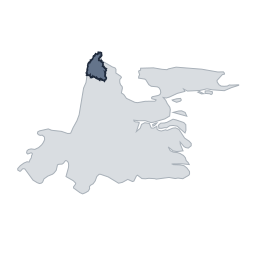 Sylhet, Sylhet, Bangladesh (highlighted), rotated 281°
{"feature_id": "16705992B47932115867008", "entity_name": "Sylhet", "entity_type": "district", "adm_level": 2, "iso_a3": "BGD", "parent_name": "Bangladesh", "parent_adm1": "Sylhet", "projection": "mercator", "projection_center": [91.877, 24.89], "detail": "fine", "context": "in_parent", "style": "filled", "palette": "slate", "viewbox_px": 256, "rotation_deg": 281, "n_neighbors": 0, "source": "geoboundaries", "source_scale": "gbopen_adm2", "svg_char_len": 8058}
<svg xmlns="http://www.w3.org/2000/svg" viewBox="0 0 256 256"><g transform="rotate(281 128 128)"><path d="M87.4,184.0L87.3,177.7L83.2,165.4L83.4,164.1L82.6,158.1L81.5,154.8L81.0,151.3L83.5,146.3L82.5,145.4L77.0,143.9L76.3,142.6L77.5,137.6L73.6,132.9L72.0,129.3L76.2,117.9L77.3,110.0L77.0,108.4L74.4,106.6L69.8,105.9L66.6,104.4L64.7,102.2L63.1,101.3L61.1,101.9L58.6,101.1L56.5,98.8L54.7,96.1L55.4,93.1L58.7,86.0L59.9,85.8L62.8,87.2L63.9,87.2L65.8,84.4L68.5,76.4L77.7,77.1L79.9,76.9L82.3,76.2L83.5,75.2L84.2,73.9L84.0,72.8L81.1,71.3L80.0,70.2L79.2,67.0L78.4,65.8L72.8,65.6L69.9,64.1L68.3,62.8L65.5,58.5L62.0,55.2L58.6,54.5L57.3,53.4L56.6,51.7L57.0,49.3L58.7,44.7L68.0,34.7L68.2,33.6L67.8,32.3L65.1,30.7L64.9,29.9L65.7,27.8L67.2,27.5L70.4,29.4L73.7,32.5L75.6,35.3L75.7,37.4L78.2,37.9L80.3,38.8L82.5,38.6L83.9,39.1L84.8,38.9L85.2,37.6L83.3,34.5L84.2,33.2L86.3,33.2L87.9,34.4L89.0,36.9L89.2,40.6L91.7,44.0L95.0,46.5L97.5,47.6L100.6,48.4L103.3,47.6L104.6,45.2L104.0,43.1L104.4,41.2L105.5,40.1L107.1,40.2L108.3,41.7L111.9,49.9L111.2,53.5L112.0,63.3L111.1,69.8L111.7,72.3L112.3,72.8L117.7,74.0L125.5,76.5L131.6,77.5L158.7,76.8L164.7,78.1L182.8,77.1L187.7,79.1L193.1,82.5L196.1,85.0L196.7,86.4L196.3,87.7L195.3,88.3L193.5,88.4L189.2,86.7L188.5,87.2L188.4,91.1L185.0,100.8L184.5,103.8L183.3,105.0L179.7,105.6L177.3,111.2L176.3,111.9L174.0,110.7L172.5,110.9L170.7,111.4L168.8,112.7L167.6,114.3L166.1,114.9L161.1,114.8L160.1,117.4L156.8,120.8L154.5,129.8L154.7,132.6L157.5,139.8L159.4,149.1L160.2,150.1L161.1,150.1L161.2,145.9L162.1,145.3L163.3,145.8L165.7,151.5L167.0,153.0L169.1,153.4L171.5,152.5L173.3,150.9L174.0,149.0L173.4,142.8L174.5,140.2L178.6,136.4L179.2,135.2L179.0,128.9L180.5,128.7L182.6,129.2L185.3,127.7L186.1,127.7L187.2,129.3L189.1,129.0L191.9,141.5L192.1,150.3L192.7,155.2L193.7,156.3L196.9,163.6L199.8,189.2L200.1,205.4L201.3,210.9L200.3,212.1L199.3,212.4L198.4,210.4L191.7,206.3L190.1,206.8L187.8,209.1L186.9,211.4L187.3,214.5L188.1,217.5L189.6,219.3L189.8,221.2L191.5,228.4L191.0,228.5L187.4,221.9L183.0,215.4L181.6,203.7L181.5,198.0L178.5,191.2L175.6,179.3L176.9,175.1L174.8,176.9L171.4,169.8L166.3,162.8L164.7,159.7L164.7,156.7L162.4,159.7L159.4,161.9L156.3,165.1L154.2,166.0L147.7,166.6L143.9,162.3L138.5,151.8L137.7,149.5L138.5,143.3L137.2,137.4L136.8,132.2L135.8,132.7L135.4,134.1L135.7,136.3L135.3,138.1L126.1,136.9L130.0,140.0L134.2,140.7L136.4,143.5L136.5,148.1L132.4,150.8L132.8,153.2L135.2,156.0L132.3,156.8L131.5,158.6L131.4,161.3L133.4,165.3L133.1,166.9L136.5,172.2L137.2,174.7L136.3,178.3L128.9,185.5L126.7,190.6L124.9,193.0L122.6,193.4L119.8,191.0L119.8,188.5L120.4,186.6L124.2,181.8L122.1,182.4L116.1,186.4L115.0,183.2L114.2,180.2L114.2,176.6L117.1,171.1L113.8,173.8L112.9,177.2L113.3,181.2L112.9,184.0L111.6,187.7L109.8,189.9L107.0,191.4L105.7,193.5L103.8,195.1L103.2,187.7L101.1,177.7L100.7,179.8L101.7,186.1L101.7,190.1L100.1,193.3L97.0,196.7L94.6,197.2L93.2,196.7L88.7,191.5L88.4,186.6L87.4,184.0ZM142.3,184.1L136.8,185.3L134.0,184.9L139.2,175.9L139.1,171.9L138.2,168.6L135.6,165.9L135.4,164.0L134.2,161.4L133.6,158.4L136.6,157.4L139.0,159.2L139.8,162.6L141.0,165.2L145.2,170.5L145.1,173.7L144.0,181.7L142.3,184.1ZM154.2,181.1L150.8,183.5L151.9,169.3L154.4,174.6L155.1,177.4L154.2,181.1ZM167.1,174.0L165.6,175.0L164.3,174.2L162.5,170.8L163.4,166.6L163.9,166.0L166.0,170.3L167.1,174.0ZM179.6,204.0L177.7,204.2L176.7,203.2L177.2,201.7L176.7,197.1L179.1,196.7L180.0,200.5L179.6,204.0ZM177.5,191.1L176.1,195.7L175.5,193.7L176.5,189.7L177.5,191.1ZM138.0,154.0L138.6,155.5L135.5,153.6L134.6,152.2L136.0,151.5L138.0,154.0Z" fill="#d9dde1" stroke="#a8b0b8" stroke-width="1"/><path d="M170.4,96.2L170.5,96.1L170.8,96.1L171.2,96.5L171.2,96.9L172.5,97.3L172.8,97.1L173.3,97.1L173.4,96.8L173.9,96.4L173.9,96.2L174.3,96.1L174.2,95.7L174.3,95.5L174.7,95.4L174.8,95.7L174.9,95.8L175.8,95.2L176.1,95.2L176.3,95.5L176.8,95.3L177.0,95.1L177.5,95.1L177.7,95.5L178.1,95.2L178.1,94.8L178.4,94.9L178.4,95.1L178.8,95.2L179.0,94.9L179.0,95.0L179.3,95.2L179.5,95.3L180.1,95.5L180.4,95.7L180.5,95.6L181.1,95.1L181.5,95.2L181.7,95.3L181.7,95.2L181.9,95.3L181.9,95.2L182.1,95.2L182.3,94.9L182.2,94.2L182.3,94.0L182.2,93.8L182.2,93.7L182.5,93.3L182.5,93.5L182.8,93.7L183.1,93.2L183.1,92.6L183.2,92.9L183.6,92.9L183.8,92.7L183.7,92.6L183.9,92.4L183.9,91.9L183.7,91.8L183.7,91.2L184.2,91.3L184.2,91.5L184.4,91.6L184.6,91.5L184.9,91.3L185.0,91.3L185.3,91.5L185.6,91.4L185.8,91.2L186.0,91.3L186.2,91.1L186.4,91.1L186.8,91.0L187.0,91.1L187.4,91.2L187.5,90.8L187.4,90.4L187.4,90.1L187.5,90.0L187.6,89.8L187.7,90.0L187.9,89.9L188.0,89.6L188.5,89.4L189.0,89.4L189.0,89.2L188.8,89.0L189.0,89.0L189.1,88.8L189.3,88.7L188.9,88.6L188.8,88.0L188.7,87.9L188.8,87.7L189.1,87.7L189.1,87.1L188.7,86.8L188.7,86.6L188.7,86.4L189.1,86.2L189.8,86.4L190.2,86.3L190.4,86.1L190.6,86.0L190.8,86.0L191.0,86.2L191.0,86.5L191.3,86.7L191.6,86.7L191.7,86.9L192.0,87.3L192.2,87.2L192.2,86.8L192.3,86.8L192.5,87.2L192.7,87.3L192.8,87.5L193.2,87.4L193.3,87.8L193.4,88.0L193.5,88.2L194.0,88.3L194.1,88.0L194.4,88.0L194.7,88.2L195.1,88.0L195.2,87.9L195.3,87.6L195.9,87.5L196.4,87.7L196.5,87.5L196.8,87.5L196.9,87.3L196.8,86.8L197.0,86.5L196.9,86.3L197.0,86.0L196.7,85.8L196.6,85.5L196.7,84.9L196.4,85.1L195.5,85.2L195.5,84.8L195.7,84.6L196.1,84.5L196.1,84.3L195.8,84.1L195.5,84.2L194.7,84.3L194.6,84.2L194.6,83.4L194.4,83.4L194.7,82.7L194.8,82.0L194.4,82.0L194.1,81.9L193.9,81.9L193.7,81.6L193.4,81.6L193.1,81.5L192.9,81.6L192.9,81.4L192.7,81.4L192.1,81.3L192.0,81.2L192.0,81.3L192.0,81.2L192.3,80.9L192.3,80.5L191.9,80.3L191.5,80.3L191.4,80.4L191.4,80.6L191.2,80.5L190.8,80.5L189.3,80.0L188.6,79.6L188.5,79.8L188.3,79.6L188.3,79.4L187.8,79.2L187.7,79.3L187.5,79.2L187.6,78.8L188.2,79.0L188.0,78.8L187.4,78.6L187.3,78.3L187.2,78.4L187.2,78.6L187.1,78.9L186.8,78.7L186.7,78.5L186.4,78.6L186.5,78.5L186.3,78.5L186.3,78.4L186.5,78.3L186.2,78.4L186.0,78.2L185.9,78.3L185.5,78.2L185.8,78.1L185.5,78.0L185.5,77.7L185.4,77.5L185.4,77.4L185.1,77.3L184.5,76.9L183.9,76.6L183.7,76.7L183.2,76.5L182.9,76.5L182.5,76.5L182.1,76.6L181.8,76.6L181.3,76.5L180.8,77.0L180.6,77.0L180.2,76.8L179.1,76.8L179.0,76.7L178.0,76.7L178.0,76.8L177.8,76.8L177.5,76.8L177.4,77.0L177.3,76.8L177.1,76.9L176.9,76.9L176.8,77.0L176.6,77.0L176.2,76.8L175.7,76.8L175.4,77.0L175.0,77.0L174.5,77.2L174.0,77.3L173.8,77.2L173.7,77.2L173.4,77.0L173.5,76.8L173.2,76.9L173.1,77.1L173.3,77.4L173.1,77.7L173.0,78.0L172.8,78.0L172.8,77.8L172.7,77.8L172.2,77.7L171.9,77.5L171.8,77.4L171.7,77.6L171.8,77.8L172.1,77.9L172.1,78.3L172.3,78.3L172.3,78.5L172.6,78.5L172.5,78.8L172.3,79.1L172.3,79.3L172.4,79.2L172.2,79.5L172.3,79.6L172.3,79.8L172.4,80.1L172.8,80.4L172.6,80.6L172.8,80.7L172.2,80.8L172.0,80.7L171.7,81.0L171.3,81.0L171.2,81.3L171.3,81.4L171.3,81.6L171.1,81.7L170.8,81.7L171.0,82.0L170.7,82.2L170.7,82.4L171.0,82.6L171.3,83.0L171.6,83.1L171.3,83.2L170.7,83.0L170.9,83.4L171.8,83.7L171.8,83.9L171.7,83.9L172.0,84.2L172.1,84.3L171.8,84.8L172.1,84.9L172.0,85.1L171.8,85.1L171.7,85.2L171.4,85.2L171.4,85.4L171.5,85.5L171.4,85.6L171.4,85.9L171.2,86.0L171.4,86.0L171.5,86.2L171.5,86.3L171.1,86.3L171.5,86.4L171.5,86.5L171.3,86.7L171.4,86.8L171.1,86.8L170.9,86.9L171.1,86.9L171.1,87.1L171.2,87.3L171.4,87.4L171.5,87.3L171.7,87.6L171.5,87.9L171.2,87.9L171.1,87.6L170.8,87.5L170.9,88.1L170.5,88.2L170.3,88.4L170.3,88.5L170.4,88.8L170.5,88.8L170.5,89.2L170.4,89.2L170.4,88.9L170.3,89.0L170.3,88.9L170.4,89.3L170.5,89.5L170.3,89.5L170.3,89.8L170.6,89.8L170.6,89.7L170.7,89.9L170.8,89.8L170.9,90.0L170.9,90.3L170.7,90.4L170.9,90.4L170.9,90.5L170.5,90.5L170.2,90.3L170.0,90.6L169.9,90.5L169.7,90.6L169.6,90.8L170.0,90.7L170.1,90.9L170.1,91.1L170.3,91.0L170.5,91.0L170.8,91.4L171.0,91.5L170.8,91.6L170.8,91.8L170.6,91.8L170.5,92.0L170.4,92.1L170.5,92.2L170.6,92.4L170.8,92.5L170.7,92.7L170.9,92.7L170.8,92.9L170.6,92.8L170.6,92.7L170.4,92.7L170.3,93.0L170.2,93.0L170.4,93.1L170.3,93.3L170.5,93.4L170.4,93.6L169.9,93.6L169.9,93.9L170.0,93.7L170.2,93.9L170.1,94.1L170.1,94.4L170.3,94.3L170.0,94.9L169.8,95.1L169.8,95.4L170.0,95.5L169.9,95.6L169.5,96.0L169.9,96.1L170.1,96.1L170.4,96.2Z" fill="#64748b" stroke="#1e293b" stroke-width="1.5"/></g></svg>